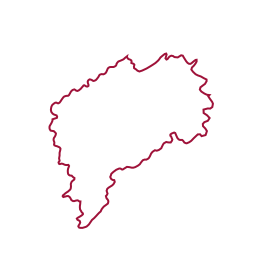 the district of Talachyn, Vitebsk, Belarus, rotated 328°
{"feature_id": "67162791B51675752120435", "entity_name": "Talachyn", "entity_type": "district", "adm_level": 2, "iso_a3": "BLR", "parent_name": "Belarus", "parent_adm1": "Vitebsk", "projection": "robinson", "projection_center": [29.697, 54.429], "detail": "fine", "context": "isolated", "style": "outline", "palette": "rose", "viewbox_px": 256, "rotation_deg": 328, "n_neighbors": 0, "source": "geoboundaries", "source_scale": "gbopen_adm2", "svg_char_len": 4615}
<svg xmlns="http://www.w3.org/2000/svg" viewBox="0 0 256 256"><g transform="rotate(328 128 128)"><path d="M214.5,143.2L212.5,141.6L211.0,139.2L209.5,135.9L209.3,133.5L211.0,131.9L214.0,131.6L216.7,131.4L219.5,129.9L220.3,128.5L218.8,126.1L217.1,122.9L215.1,120.4L213.8,118.2L212.9,114.7L212.7,112.0L214.3,110.6L217.0,110.0L219.4,109.1L221.4,108.0L222.3,106.5L221.4,106.1L219.8,106.2L218.2,106.4L216.3,106.7L215.0,106.7L213.7,105.8L213.0,104.3L212.7,102.2L212.7,99.8L212.7,97.5L212.8,95.7L211.6,94.5L209.5,94.5L207.6,94.5L205.0,92.5L204.3,90.8L203.0,89.6L201.1,89.4L199.4,89.9L198.0,90.5L196.9,90.3L196.7,88.8L198.5,87.2L199.7,86.1L199.8,85.1L198.3,84.7L195.6,85.0L192.9,85.4L190.8,86.3L189.2,86.8L185.8,87.4L182.6,87.5L179.9,87.5L175.3,87.4L170.4,86.8L167.6,86.1L166.4,84.4L165.9,82.6L164.9,80.5L165.6,79.0L166.9,77.8L166.8,76.6L165.9,75.5L165.3,74.6L166.4,73.3L166.6,72.3L165.8,70.8L164.9,69.8L164.7,68.8L164.7,67.1L165.1,66.7L163.1,66.9L161.8,67.1L161.1,67.3L159.7,67.3L158.6,67.1L157.7,67.0L156.1,66.7L155.1,66.5L153.6,66.9L152.3,67.5L151.9,68.0L151.1,68.6L150.4,68.8L149.1,68.8L148.1,68.6L147.1,68.0L146.6,67.7L145.8,67.2L144.8,66.7L143.9,66.6L142.8,66.7L142.0,67.1L141.2,67.7L139.9,68.6L139.1,69.1L137.9,69.6L136.5,69.6L135.5,69.4L135.0,68.9L133.9,68.2L132.7,67.9L132.0,67.9L131.0,68.4L130.0,69.0L128.2,69.7L127.3,70.0L126.1,70.3L125.0,70.2L123.8,69.9L123.1,69.1L122.7,68.0L122.1,67.3L121.4,66.5L120.5,66.4L119.4,66.6L118.5,67.2L118.0,68.1L117.7,69.0L117.4,70.4L116.8,71.3L115.7,71.4L114.7,70.7L114.2,69.8L113.7,68.7L113.1,68.4L112.7,68.4L111.7,68.8L110.2,69.2L108.8,69.7L106.2,70.0L104.8,69.8L103.8,68.8L103.5,67.8L102.9,66.8L101.1,66.4L99.4,66.7L98.1,67.3L97.3,67.8L95.2,68.9L94.2,68.9L92.6,68.0L90.7,67.5L89.4,67.7L86.7,68.8L85.3,69.5L83.5,70.2L82.1,70.2L81.3,69.6L80.8,68.6L79.8,68.0L79.1,68.0L78.3,68.0L76.1,68.3L74.5,69.2L73.3,70.4L72.2,71.8L71.5,73.6L71.7,75.9L72.4,77.4L74.1,79.5L73.9,80.9L73.1,81.7L72.2,81.5L68.6,80.6L67.8,81.8L66.8,82.5L65.4,83.4L64.2,84.0L62.4,85.0L61.4,86.4L61.0,87.6L61.0,89.2L62.3,90.4L63.4,91.3L63.7,92.6L64.0,93.8L63.9,94.6L62.9,95.6L61.5,96.5L59.9,97.2L59.1,97.9L58.5,98.8L58.2,99.9L58.0,101.0L57.5,101.8L56.6,102.7L56.4,103.7L57.3,105.0L58.2,105.9L59.6,108.0L59.8,108.7L59.8,109.7L59.0,110.7L56.9,112.7L56.2,113.8L55.4,115.1L54.4,116.2L53.5,117.2L52.6,119.6L50.9,120.3L50.5,121.7L51.1,122.5L52.6,122.9L53.7,123.8L54.0,124.3L54.7,125.4L55.4,126.2L56.5,127.0L57.9,127.7L57.9,129.0L56.5,130.1L55.7,130.7L54.6,131.9L53.7,133.3L52.9,135.1L53.0,136.4L53.5,137.4L55.0,138.6L55.2,139.7L55.5,140.8L56.1,142.0L55.3,143.1L54.6,143.3L53.2,143.4L51.8,143.7L50.9,144.3L49.8,145.2L49.3,146.2L48.7,147.3L48.0,148.2L47.2,149.1L46.2,149.6L43.4,150.1L42.1,150.1L40.2,150.2L38.6,150.5L37.0,150.7L36.4,151.4L36.6,152.3L37.7,152.6L38.8,153.0L39.9,153.3L41.2,154.0L41.9,155.4L42.0,156.9L41.8,159.1L42.3,160.2L42.7,160.9L43.9,161.6L45.2,161.9L46.7,162.5L47.2,163.0L47.9,164.6L48.7,165.1L47.2,167.1L45.9,168.6L45.0,170.0L44.2,171.7L44.2,173.2L44.1,175.0L44.5,176.5L44.0,177.3L42.5,177.6L39.9,177.6L37.7,177.5L36.6,177.7L36.5,179.0L37.4,180.5L37.8,181.4L37.4,182.8L36.2,183.7L34.3,184.6L33.7,185.2L33.8,186.6L34.9,187.6L36.5,188.6L39.8,189.5L41.0,189.6L43.7,189.1L45.3,188.4L48.7,186.9L51.4,186.5L51.5,186.5L54.6,185.7L56.3,185.2L58.6,184.6L60.6,184.3L62.5,183.0L64.0,182.4L65.9,181.8L68.8,181.6L70.9,181.4L72.2,180.2L72.8,178.9L72.8,177.4L72.6,176.9L72.6,176.0L73.2,174.0L74.4,173.7L75.9,172.8L76.2,171.4L76.6,169.9L78.2,168.6L79.9,168.3L82.1,168.3L84.2,168.3L86.0,167.9L88.2,166.7L88.7,164.9L87.6,164.1L86.8,162.6L86.8,161.4L87.0,160.1L88.4,159.1L89.6,158.0L92.3,157.5L95.9,157.2L99.1,157.7L100.2,158.5L100.8,159.9L101.5,160.4L103.7,160.4L106.5,160.4L108.5,162.0L110.0,163.5L111.3,164.4L113.3,165.0L116.5,165.2L118.8,165.0L120.1,164.4L121.9,163.7L123.6,163.2L125.4,163.6L126.7,164.5L128.4,164.7L129.8,164.5L131.4,163.7L132.5,163.0L134.1,161.9L136.2,161.2L139.0,161.1L140.4,162.5L142.5,163.0L145.5,162.8L146.5,162.1L148.1,161.1L149.1,160.5L150.3,160.0L153.0,160.1L154.0,161.1L155.1,162.0L156.6,162.9L158.5,162.1L159.5,161.3L159.7,160.0L160.1,157.9L159.8,157.0L160.5,156.0L161.9,155.8L164.7,156.3L165.4,157.3L165.0,159.7L164.6,162.6L164.9,164.5L165.7,165.6L167.6,166.8L168.0,168.0L168.1,170.2L169.0,171.5L169.7,172.1L172.4,172.5L174.8,172.4L176.0,172.1L178.3,171.5L183.8,170.4L185.8,171.6L186.1,173.9L190.0,175.1L191.3,174.1L193.3,172.4L193.3,169.4L192.6,166.2L193.6,164.2L195.9,163.5L199.5,164.2L202.5,162.8L201.8,159.1L200.1,155.4L201.8,152.4L206.0,153.7L208.0,155.1L210.6,154.9L212.9,152.4L213.2,150.5L212.9,146.1L212.9,143.6L214.5,143.2Z" fill="none" stroke="#9f1239" stroke-width="2"/></g></svg>